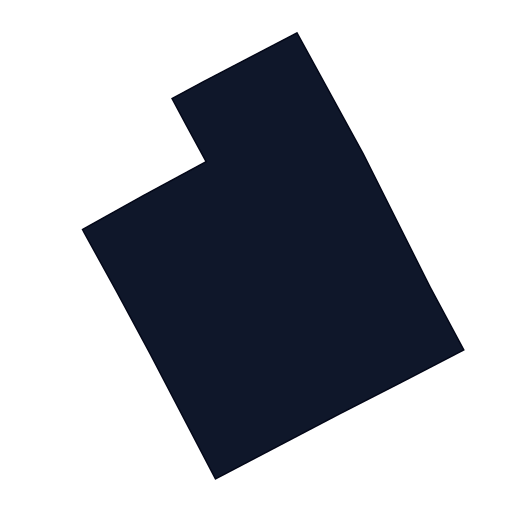 the district of Genesee, Michigan, United States of America, rotated 153°
{"feature_id": "52423323B57804911654438", "entity_name": "Genesee", "entity_type": "district", "adm_level": 2, "iso_a3": "USA", "parent_name": "United States of America", "parent_adm1": "Michigan", "projection": "albers", "projection_center": [-83.695, 43.002], "detail": "fine", "context": "isolated", "style": "filled", "palette": "ink", "viewbox_px": 512, "rotation_deg": 153, "n_neighbors": 0, "source": "geoboundaries", "source_scale": "gbopen_adm2", "svg_char_len": 371}
<svg xmlns="http://www.w3.org/2000/svg" viewBox="0 0 512 512"><g transform="rotate(153 256 256)"><path d="M118.2,436.2L223.6,435.2L259.3,434.4L258.7,404.8L257.6,362.7L328.2,361.0L398.5,358.4L398.5,355.0L396.3,287.6L394.7,216.8L393.3,75.8L253.9,77.4L183.3,77.5L113.5,78.0L115.0,149.4L114.1,298.5L118.2,436.2Z" fill="#0f172a" stroke="#020617" stroke-width="1.5"/></g></svg>